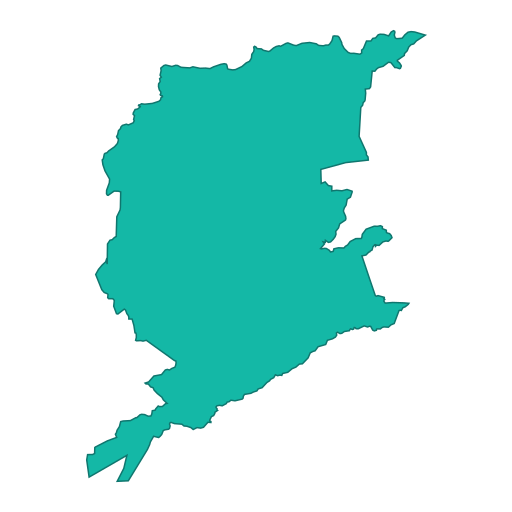 outline of Kota Pematang Siantar, Sumatera Utara, Indonesia
{"feature_id": "22746128B46755595316405", "entity_name": "Kota Pematang Siantar", "entity_type": "district", "adm_level": 2, "iso_a3": "IDN", "parent_name": "Indonesia", "parent_adm1": "Sumatera Utara", "projection": "albers", "projection_center": [99.064, 2.955], "detail": "fine", "context": "isolated", "style": "filled", "palette": "teal", "viewbox_px": 512, "rotation_deg": 0, "n_neighbors": 0, "source": "geoboundaries", "source_scale": "gbopen_adm2", "svg_char_len": 5986}
<svg xmlns="http://www.w3.org/2000/svg" viewBox="0 0 512 512"><path d="M394.3,35.1L394.9,32.2L394.6,31.2L393.5,30.7L391.2,32.0L388.6,35.9L384.1,34.4L380.1,34.2L378.2,34.8L375.6,37.9L372.8,38.4L370.9,41.0L366.5,41.0L363.3,48.7L361.6,50.1L361.7,53.0L359.9,54.2L353.9,53.3L350.6,53.4L348.1,52.4L344.2,48.5L341.9,44.3L341.7,42.6L339.2,37.4L337.9,36.2L334.3,35.9L333.1,36.2L332.0,40.6L329.8,43.9L328.4,45.1L325.7,45.1L323.3,45.8L318.6,45.4L316.3,43.8L309.7,42.5L302.0,43.3L296.3,45.6L293.8,45.2L287.9,42.9L286.0,43.4L280.6,46.3L279.1,45.8L276.2,46.5L273.5,48.0L269.8,51.1L268.5,51.5L263.4,50.3L261.4,48.9L257.1,48.6L256.1,47.1L254.6,46.3L253.7,47.1L254.1,49.4L253.7,51.6L251.8,54.3L251.4,58.2L249.5,61.3L246.2,62.9L242.0,66.5L235.5,69.6L232.7,69.9L228.3,69.2L227.6,68.7L226.9,65.2L226.2,64.1L224.2,63.7L220.9,64.3L213.6,66.8L210.0,68.6L205.5,68.1L200.0,68.3L192.9,66.8L189.8,67.9L182.3,67.4L180.8,67.2L177.6,65.5L175.7,65.3L171.9,66.5L165.7,65.0L163.9,65.5L160.8,68.1L161.1,70.7L160.1,75.2L161.3,77.2L159.6,78.6L160.2,81.5L158.6,83.9L158.5,86.6L159.3,89.8L160.8,91.9L160.8,93.7L160.2,94.4L160.5,95.3L162.3,95.8L162.5,96.8L161.1,97.5L160.5,99.9L158.9,101.3L152.4,103.4L144.8,104.2L141.4,103.8L140.2,104.7L138.7,105.0L138.5,105.7L140.2,106.6L139.7,107.3L137.6,109.0L135.1,109.5L133.3,112.9L133.1,114.3L134.5,115.6L133.6,119.6L134.3,120.7L133.2,122.8L128.4,124.9L126.3,124.2L122.4,125.4L120.9,127.0L120.5,128.6L118.5,130.6L117.7,134.5L116.6,136.6L117.4,138.2L118.2,138.5L118.3,140.6L117.4,143.5L114.5,146.8L108.8,150.8L106.9,152.8L105.1,153.3L104.3,154.1L103.3,158.8L102.2,159.9L102.9,164.7L105.0,170.9L109.6,179.1L109.3,182.9L106.6,190.3L106.5,193.8L107.4,195.2L108.2,195.3L114.1,191.1L118.3,191.2L120.7,191.9L120.4,207.4L120.1,209.9L116.8,216.8L116.2,236.5L114.4,237.5L112.2,239.7L110.0,240.2L107.5,244.0L107.2,264.1L106.2,260.2L105.7,261.8L102.2,265.0L98.5,269.4L95.7,274.5L101.8,289.7L104.2,292.5L107.5,293.8L108.0,294.5L107.7,297.7L108.7,298.7L112.8,298.7L114.3,300.4L113.7,306.2L116.5,313.7L117.9,314.0L124.3,309.1L125.5,310.0L126.9,313.7L128.2,315.4L128.8,317.0L128.8,319.0L132.1,319.1L133.9,325.5L135.0,332.8L135.7,332.8L136.3,334.4L136.3,337.6L135.6,340.3L136.5,340.8L140.8,340.6L143.0,341.1L146.3,340.3L174.5,360.6L175.8,360.9L176.1,362.8L175.7,365.2L174.9,367.2L171.7,368.5L169.5,370.0L167.3,369.4L165.3,370.0L161.5,374.6L153.9,376.0L148.7,381.9L145.1,383.1L145.9,383.9L148.4,384.1L150.6,386.9L153.1,387.7L154.1,390.1L157.3,393.5L161.9,397.2L163.3,399.8L167.1,403.4L165.5,403.7L162.4,406.5L159.6,406.6L158.2,406.0L155.7,408.9L155.1,410.2L152.3,410.7L151.8,414.0L150.9,416.0L148.1,416.2L144.7,414.6L141.7,414.3L140.0,414.8L136.8,417.7L135.8,417.7L130.4,420.6L123.1,421.0L120.7,421.6L119.4,426.6L117.1,430.2L116.3,433.0L115.4,434.2L116.7,437.4L107.5,440.8L95.4,447.0L94.8,447.5L94.6,453.5L92.7,454.5L87.6,454.6L86.7,459.9L89.1,477.1L126.9,455.3L123.8,468.4L117.2,481.3L128.3,480.8L147.4,449.5L149.6,444.7L150.4,441.9L153.6,436.3L158.7,437.5L160.1,436.3L161.7,434.5L163.2,430.7L164.6,429.9L168.6,429.2L169.5,428.4L170.1,425.9L169.5,424.0L170.1,422.7L171.1,422.4L174.4,423.6L181.9,424.2L184.0,426.0L186.8,426.2L190.9,427.6L193.2,429.5L197.0,427.6L200.7,428.1L203.5,427.3L207.9,422.3L210.9,422.5L210.9,421.5L209.8,420.9L209.7,420.2L211.4,416.6L213.6,415.6L214.8,413.5L214.9,412.3L217.6,410.4L216.9,409.9L217.1,408.8L216.0,407.5L216.1,406.7L217.0,405.8L219.5,405.3L222.2,405.8L226.3,403.6L227.1,402.1L229.1,401.7L230.9,400.2L235.0,400.8L242.2,399.1L243.0,398.3L243.4,396.1L244.5,394.4L250.9,393.3L253.4,392.0L256.9,390.9L258.2,388.9L262.1,387.7L266.9,382.5L269.6,380.8L270.5,379.4L273.7,377.7L275.4,374.8L277.6,375.7L279.9,375.1L281.8,375.4L282.6,373.5L287.8,372.3L292.1,368.7L295.9,367.1L299.3,364.1L302.4,363.8L308.1,357.9L310.2,352.9L312.8,351.5L315.1,350.8L318.1,346.7L325.7,344.5L327.4,340.3L332.5,338.8L335.4,337.1L336.7,335.2L336.4,333.0L337.1,332.4L337.6,332.2L340.0,333.6L341.8,333.3L344.3,331.5L349.4,330.7L349.9,329.5L350.7,328.8L352.4,329.5L353.6,329.1L354.2,327.5L355.2,327.7L356.1,328.7L358.2,328.8L364.2,325.9L367.6,327.0L369.6,326.2L370.7,326.4L372.7,330.1L374.3,330.9L376.4,330.3L376.5,329.2L377.0,328.9L380.4,328.9L381.9,327.6L383.8,326.9L388.4,327.2L390.9,324.9L394.2,323.5L399.0,310.6L400.2,310.2L401.3,310.5L402.9,307.7L405.2,306.8L408.2,304.4L408.9,303.3L404.3,302.9L392.7,302.5L385.2,303.1L383.8,301.2L384.1,300.0L384.7,299.6L383.8,298.6L384.4,298.0L384.2,297.3L378.0,295.6L376.5,296.2L375.3,295.6L369.4,278.3L361.9,255.9L366.0,255.0L368.8,252.1L369.7,251.9L370.4,250.9L372.0,250.1L373.0,246.7L374.8,244.7L375.6,244.7L375.6,246.2L376.6,245.2L379.1,245.4L382.9,241.9L385.9,241.0L388.1,241.3L388.8,240.9L392.0,237.7L391.2,235.5L389.6,233.6L387.2,233.0L386.4,232.3L386.3,230.2L382.3,228.6L382.4,226.7L381.8,226.3L380.4,225.7L377.6,226.3L374.2,226.2L366.1,229.2L362.3,234.3L361.8,237.6L361.2,238.5L355.8,238.6L350.2,241.5L347.6,245.0L345.4,246.3L343.9,248.0L338.4,247.8L333.9,248.8L333.2,251.4L330.5,252.0L329.4,250.4L326.4,248.5L324.6,248.3L321.5,248.9L320.5,248.6L324.4,244.0L323.1,241.8L325.3,242.4L325.4,240.3L328.4,242.4L330.6,241.9L333.3,239.2L335.1,236.7L336.0,234.2L335.7,231.4L338.5,227.9L339.7,223.9L345.5,220.0L345.9,218.7L345.6,216.3L343.6,211.8L343.5,210.4L344.3,207.9L346.1,205.1L347.2,199.1L350.4,197.2L352.2,191.9L352.1,191.2L347.0,189.5L341.9,190.8L336.7,190.3L331.8,190.9L331.8,186.2L328.4,185.6L325.1,181.9L321.2,183.5L320.8,169.4L345.7,162.6L368.3,160.1L368.0,156.9L366.4,154.9L366.4,152.4L359.1,136.4L360.8,107.4L362.6,105.3L363.2,102.6L364.7,101.1L365.1,99.9L365.7,93.2L365.3,89.1L369.4,88.6L370.6,86.9L372.2,71.1L374.9,71.2L376.6,69.0L378.5,67.6L383.1,66.3L388.4,62.3L390.6,62.5L391.3,63.1L394.9,67.6L396.5,67.6L399.6,68.7L400.4,68.3L401.3,66.1L401.1,65.4L399.5,62.9L397.4,61.2L397.3,60.3L404.3,55.4L404.5,53.6L407.2,50.8L408.7,47.1L410.0,45.7L411.0,44.7L413.7,43.9L416.4,40.9L425.3,35.1L414.8,32.0L411.1,31.6L408.0,32.2L404.9,34.8L402.2,38.2L397.9,38.6L396.4,38.6L395.2,37.9L394.3,35.1Z" fill="#14b8a6" stroke="#0f766e" stroke-width="1.5"/></svg>